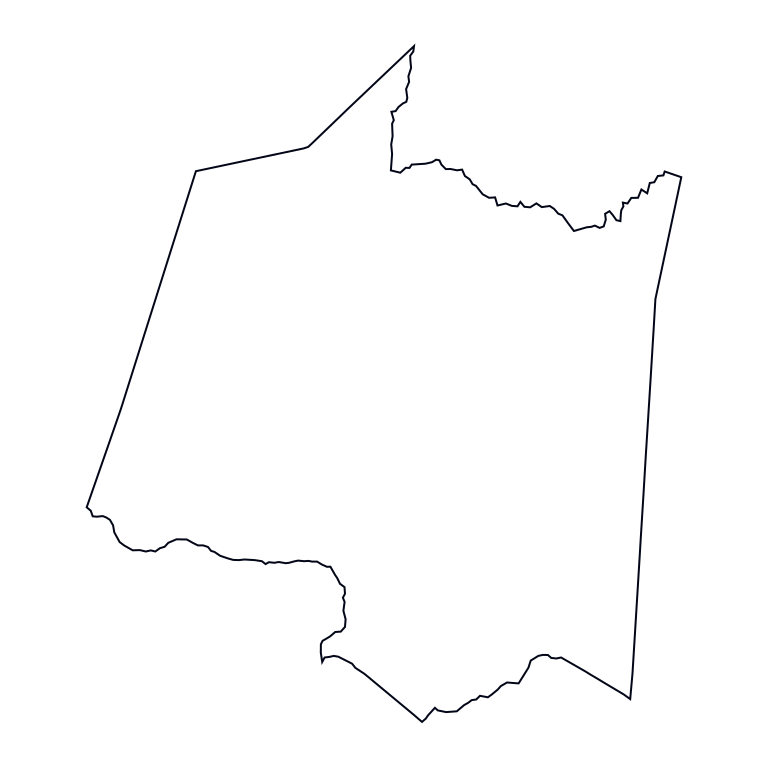 outline of Ibimirim, Pernambuco, Brazil
{"feature_id": "56859067B15287287127442", "entity_name": "Ibimirim", "entity_type": "district", "adm_level": 2, "iso_a3": "BRA", "parent_name": "Brazil", "parent_adm1": "Pernambuco", "projection": "robinson", "projection_center": [-37.602, -8.575], "detail": "fine", "context": "isolated", "style": "outline", "palette": "ink", "viewbox_px": 768, "rotation_deg": 0, "n_neighbors": 0, "source": "geoboundaries", "source_scale": "gbopen_adm2", "svg_char_len": 2622}
<svg xmlns="http://www.w3.org/2000/svg" viewBox="0 0 768 768"><path d="M195.9,171.2L146.2,328.7L122.7,403.3L120.7,409.5L109.3,442.4L86.7,507.3L90.8,510.8L92.7,516.3L96.8,516.7L102.8,516.1L106.1,517.4L109.9,519.8L113.1,525.4L114.3,532.4L119.6,542.0L124.2,545.5L132.7,550.3L139.9,550.1L145.8,551.5L150.8,550.4L155.3,551.5L159.9,548.2L164.6,546.8L168.3,542.8L176.5,539.3L186.8,539.5L193.1,543.0L197.9,545.4L203.2,545.4L208.0,547.0L211.1,550.9L214.4,551.9L220.2,555.8L228.2,558.5L233.2,559.9L238.9,560.1L244.5,559.5L254.6,560.1L261.9,561.2L265.6,564.1L268.9,562.2L274.4,562.8L278.8,562.0L285.6,563.2L289.1,562.8L294.1,561.4L298.1,560.6L304.1,561.2L308.6,560.9L312.1,561.6L317.1,561.6L322.0,564.6L327.0,566.8L330.4,566.7L335.0,574.8L337.3,578.2L340.0,583.8L344.5,587.1L345.0,593.7L342.9,597.7L344.6,601.9L343.4,610.8L345.6,619.2L345.0,626.9L340.8,631.6L335.2,632.0L330.2,636.3L326.8,638.4L322.6,640.8L320.9,644.2L320.8,652.5L322.2,662.0L324.6,657.5L329.4,656.9L333.8,655.9L338.3,656.7L352.1,663.7L355.4,667.9L364.4,673.8L413.9,714.9L422.0,721.9L425.8,718.6L428.0,715.4L434.9,707.8L437.8,710.4L446.1,712.1L456.8,711.3L464.1,705.1L468.2,702.8L471.7,700.1L476.2,699.5L480.0,695.8L487.9,697.3L491.9,694.4L497.7,689.6L500.8,686.1L507.0,682.5L518.6,683.4L528.5,667.6L530.7,660.6L538.3,655.9L542.8,654.9L547.9,655.0L551.2,657.9L556.3,658.5L561.1,657.5L585.5,671.5L590.5,674.6L624.0,694.6L630.2,699.1L632.5,673.4L637.1,598.5L639.8,554.4L640.6,540.8L643.5,494.1L645.2,465.6L645.9,453.9L646.3,447.7L650.5,380.6L653.8,326.5L655.4,299.1L681.3,177.2L664.7,171.5L663.4,175.4L657.8,176.0L654.3,182.2L649.8,183.0L647.2,193.3L641.4,189.5L638.0,197.8L631.3,197.9L627.5,203.5L622.9,202.6L623.4,206.4L621.3,210.2L620.8,214.3L620.4,221.1L616.4,220.2L612.5,214.7L609.5,211.2L605.1,213.8L605.8,219.7L603.7,226.4L599.6,227.9L594.9,225.6L591.3,226.8L586.7,227.3L573.9,231.0L567.7,222.7L565.5,219.6L562.4,215.3L558.3,213.7L554.0,208.8L549.8,206.0L541.8,207.1L536.4,203.4L530.2,207.3L524.4,206.8L520.4,201.9L517.5,206.3L511.9,205.9L505.9,203.5L497.5,205.5L495.1,197.4L489.1,197.8L482.7,194.3L476.0,185.9L472.6,184.2L469.7,179.3L464.9,176.0L462.1,169.6L457.0,170.3L450.5,169.0L445.8,169.1L441.4,164.6L439.4,160.3L436.1,159.7L432.0,162.2L425.5,163.7L411.7,164.6L409.5,167.9L405.7,167.8L400.3,172.7L390.9,170.4L391.2,166.2L392.1,154.0L391.2,144.5L392.6,136.2L392.1,123.7L393.8,120.2L391.4,111.8L395.6,111.1L398.5,107.0L402.8,103.5L406.3,101.8L407.3,97.9L406.1,89.1L409.1,81.9L408.4,76.3L411.1,67.9L410.4,60.7L410.2,55.7L413.3,51.5L414.0,46.1L349.0,107.8L312.4,143.0L308.2,146.9L303.7,148.4L195.9,171.2Z" fill="none" stroke="#020617" stroke-width="2"/></svg>